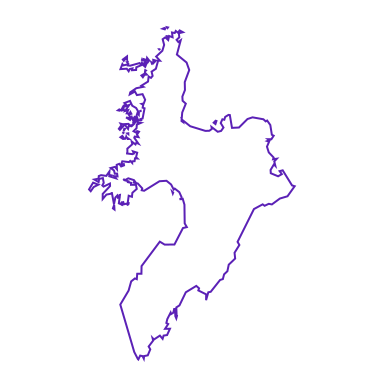 the district of Camarines Sur, Camarines Sur, Philippines, rotated 268°
{"feature_id": "2640588B57655195310467", "entity_name": "Camarines Sur", "entity_type": "district", "adm_level": 2, "iso_a3": "PHL", "parent_name": "Philippines", "parent_adm1": "Camarines Sur", "projection": "mercator", "projection_center": [123.465, 13.694], "detail": "fine", "context": "isolated", "style": "outline", "palette": "violet", "viewbox_px": 384, "rotation_deg": 268, "n_neighbors": 0, "source": "geoboundaries", "source_scale": "gbopen_adm2", "svg_char_len": 6146}
<svg xmlns="http://www.w3.org/2000/svg" viewBox="0 0 384 384"><g transform="rotate(268 192 192)"><path d="M183.2,118.5L182.2,120.6L182.4,120.5L182.5,120.5L183.2,120.8L183.1,120.6L184.2,121.5L184.1,122.9L185.0,122.5L184.3,123.0L181.8,122.2L182.9,127.3L190.5,128.6L189.3,131.8L193.3,132.4L197.0,136.9L201.2,136.2L201.3,131.3L203.3,131.4L204.3,127.4L204.6,129.8L206.2,124.7L207.3,123.8L206.3,125.7L207.9,128.8L205.9,134.4L204.3,135.5L204.0,134.3L203.6,134.1L202.4,138.1L197.4,142.4L195.5,141.8L194.9,144.2L203.9,159.9L204.1,166.9L200.2,171.4L195.1,173.8L196.0,174.9L192.3,179.3L187.2,181.4L185.3,181.1L185.1,180.5L185.5,182.5L179.6,184.0L160.9,183.6L157.1,185.6L156.3,181.7L140.1,172.6L140.4,162.8L143.5,158.1L119.7,139.0L112.1,138.6L112.2,134.4L106.8,133.8L107.6,131.9L104.8,128.1L95.7,125.2L82.0,116.4L34.1,128.7L26.9,132.1L26.5,132.5L30.3,134.5L29.7,136.9L27.2,138.0L29.7,138.4L30.3,142.1L36.2,144.8L39.1,143.3L44.9,148.0L47.4,147.5L45.9,148.8L49.6,154.9L46.3,157.5L49.5,158.6L49.9,162.1L56.1,165.2L56.2,160.3L60.9,163.6L62.0,161.8L65.9,162.9L72.2,166.4L70.7,166.8L72.0,169.1L76.5,170.3L71.0,171.1L70.5,172.3L77.2,172.3L79.1,175.5L92.0,182.3L98.0,193.0L95.5,195.7L93.4,194.9L89.2,202.6L83.4,202.3L91.2,204.8L91.6,207.2L103.1,217.0L103.9,219.8L108.6,221.2L111.6,224.6L118.1,226.2L124.0,232.8L129.8,232.4L137.4,237.5L140.6,235.8L172.8,253.3L177.2,262.2L175.7,264.1L177.5,268.3L176.8,271.4L182.4,279.6L184.4,287.3L194.2,294.8L195.1,292.2L210.5,283.4L209.8,280.3L206.7,282.4L204.7,278.6L208.0,271.4L211.3,271.3L216.7,274.8L215.2,276.2L219.7,275.3L222.3,277.9L221.9,274.2L223.6,274.8L228.9,270.1L234.7,268.5L239.6,270.8L240.3,269.0L241.1,271.1L242.1,269.8L242.0,273.2L245.4,275.6L246.4,273.8L256.2,272.6L260.8,269.6L260.0,268.1L262.2,265.9L264.5,255.1L263.0,250.0L254.8,241.2L254.7,234.2L267.6,232.5L267.8,231.2L265.9,227.8L263.1,226.8L263.6,224.9L259.9,223.1L255.3,225.7L252.0,223.2L251.3,219.8L256.3,213.8L254.4,214.1L252.6,211.5L252.6,207.5L257.8,192.5L264.6,184.6L262.3,185.3L263.3,184.0L271.8,185.0L280.5,188.9L283.5,185.8L287.7,185.7L294.1,188.5L302.1,188.6L314.0,193.5L321.6,191.1L329.9,181.7L344.0,186.0L342.3,183.6L344.6,181.9L347.0,184.7L351.1,184.4L352.0,188.5L353.9,185.3L351.7,183.5L353.5,181.4L351.5,180.3L352.1,177.6L347.3,178.0L348.7,174.6L344.7,173.5L347.5,170.7L345.7,168.0L340.0,169.3L334.2,167.3L328.6,160.9L324.3,164.6L324.4,162.7L316.4,160.2L313.7,155.8L309.4,156.7L307.5,155.0L308.9,152.7L303.9,151.9L300.0,145.1L298.8,147.0L297.7,140.0L293.8,133.8L291.7,133.2L294.4,138.5L290.8,140.3L291.5,146.0L285.8,148.4L282.2,146.9L281.8,144.7L281.1,145.7L281.3,146.3L281.2,146.4L278.0,145.6L277.3,147.5L267.2,145.2L266.7,143.2L265.5,143.8L265.3,143.5L265.7,140.6L263.3,140.0L262.8,143.2L261.2,139.2L257.7,138.8L254.8,135.7L253.2,138.4L254.8,139.3L254.1,141.1L251.3,139.0L248.7,140.4L249.4,136.7L248.2,136.2L242.2,140.1L243.2,138.1L241.5,137.2L244.6,133.5L241.8,134.0L237.6,128.9L232.9,128.8L232.9,127.5L231.9,133.9L232.5,135.3L234.7,134.4L233.2,138.6L228.7,137.3L227.4,138.6L227.6,136.2L224.8,135.7L224.7,133.2L223.2,133.2L225.2,131.3L224.1,130.1L225.1,123.4L222.1,122.2L222.3,124.8L221.0,125.0L220.0,122.1L222.7,120.3L221.8,117.7L217.3,117.8L219.8,115.9L218.8,111.6L216.2,114.8L213.0,115.5L213.0,117.8L210.2,118.1L210.5,115.0L208.3,116.5L210.4,110.5L211.4,112.1L212.0,109.8L215.5,110.2L211.1,106.9L212.0,101.7L211.2,99.4L208.6,99.1L207.9,94.8L205.2,99.0L208.3,99.7L209.0,103.4L204.2,104.1L201.7,102.6L200.5,103.8L203.3,110.3L200.8,110.3L193.2,102.7L188.1,102.5L192.4,106.4L193.2,111.6L194.6,111.8L182.5,113.6L189.1,115.2L191.1,117.2L188.8,117.8L189.2,119.4L190.3,119.1L191.5,119.4L191.6,119.9L183.2,118.5ZM277.5,124.8L275.9,124.7L276.4,126.9L279.1,126.0L281.2,132.3L275.3,128.0L276.0,131.0L272.9,129.5L272.6,132.3L274.1,133.2L272.3,134.1L271.5,131.5L269.6,132.6L268.0,132.2L268.8,128.7L266.2,132.6L269.0,134.4L266.4,135.3L269.1,137.3L267.6,140.0L270.1,139.2L272.8,140.2L271.0,141.5L273.1,141.7L277.9,139.1L280.3,135.3L285.2,133.2L283.3,127.6L281.6,129.2L280.7,126.7L277.5,124.8ZM317.3,124.8L317.5,131.1L314.9,132.9L317.0,134.0L317.6,136.8L315.8,136.3L315.9,140.4L318.6,140.7L320.5,145.8L322.7,144.2L320.4,134.7L320.7,132.3L321.9,132.6L320.9,127.8L322.3,126.9L317.3,124.8ZM198.2,89.2L196.3,90.8L200.4,93.9L202.6,98.7L204.8,93.5L198.2,89.2ZM262.2,126.8L257.3,130.3L260.3,131.1L259.8,133.9L261.5,135.9L260.5,132.8L262.3,130.8L262.2,126.8ZM257.7,121.1L256.6,122.1L261.6,127.0L262.8,123.0L261.3,123.8L257.7,121.1ZM326.8,147.6L322.5,151.6L324.6,153.6L326.8,147.6ZM310.2,145.5L308.4,146.9L310.8,148.6L310.9,150.9L312.4,149.6L310.2,145.5ZM326.8,127.5L325.5,128.4L327.2,129.7L326.4,131.7L329.8,131.8L326.8,127.5ZM263.2,135.6L262.3,136.7L266.4,139.5L267.2,137.7L263.2,135.6ZM249.2,122.4L247.4,124.9L247.5,126.4L250.5,124.3L249.2,122.4ZM260.5,216.1L259.1,217.8L262.1,218.9L262.4,218.1L260.5,216.1ZM325.4,157.9L322.2,158.0L324.6,160.5L325.4,157.9ZM70.7,171.0L68.5,171.0L66.2,171.9L68.9,172.7L70.7,171.0ZM178.4,112.4L177.2,113.9L181.1,113.8L181.2,113.5L178.4,112.4ZM320.4,147.8L318.7,149.6L320.8,150.5L321.4,149.2L320.4,147.8ZM327.6,151.8L325.5,151.5L326.0,153.0L327.6,151.8ZM356.2,168.4L355.5,170.5L356.5,171.1L356.9,170.2L356.2,168.4ZM276.2,120.9L275.8,122.4L276.5,123.4L277.1,122.2L276.2,120.9ZM322.7,146.6L321.3,146.7L321.6,148.8L322.7,146.6ZM257.6,126.5L255.3,125.8L257.5,127.2L257.6,126.5ZM322.6,149.9L321.7,150.5L322.2,151.2L322.6,149.9ZM249.6,128.2L248.3,127.8L248.5,128.6L249.6,128.2ZM348.6,172.5L347.1,173.2L348.5,173.2L348.6,172.5ZM180.9,126.7L182.3,128.2L183.2,128.3L183.3,127.7L180.9,126.7ZM323.0,156.0L321.8,156.4L322.3,157.0L323.0,156.0ZM324.2,132.3L324.1,131.6L323.3,132.2L324.2,132.3ZM254.6,125.9L253.6,125.2L253.4,125.5L254.6,125.9ZM192.1,173.2L193.0,172.3L191.2,172.8L192.1,173.2ZM248.0,129.7L247.2,129.7L247.2,130.8L248.0,129.7ZM185.7,180.8L185.2,179.3L185.2,180.1L185.7,180.8ZM252.9,130.4L252.8,129.6L252.1,130.4L252.9,130.4ZM326.1,146.7L325.6,146.5L324.4,147.4L326.1,146.7ZM335.8,164.1L334.8,164.8L335.8,164.5L335.8,164.1ZM274.8,143.2L273.8,143.6L274.9,143.5L274.8,143.2ZM357.5,172.9L356.8,173.3L357.3,173.7L357.5,172.9ZM315.4,149.5L314.2,149.3L315.0,150.2L315.4,149.5Z" fill="none" stroke="#5b21b6" stroke-width="2"/></g></svg>